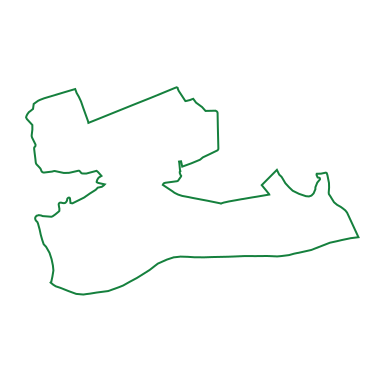 Hai Chau, Đà Nẵng, Vietnam, rotated 91°
{"feature_id": "81297802B10780873415993", "entity_name": "Hai Chau", "entity_type": "district", "adm_level": 2, "iso_a3": "VNM", "parent_name": "Vietnam", "parent_adm1": "Đà Nẵng", "projection": "mercator", "projection_center": [108.212, 16.059], "detail": "fine", "context": "isolated", "style": "outline", "palette": "green", "viewbox_px": 384, "rotation_deg": 91, "n_neighbors": 0, "source": "geoboundaries", "source_scale": "gbopen_adm2", "svg_char_len": 3873}
<svg xmlns="http://www.w3.org/2000/svg" viewBox="0 0 384 384"><g transform="rotate(91 192 192)"><path d="M285.0,331.8L287.2,329.0L288.7,326.5L290.1,322.0L293.2,313.8L295.9,306.0L296.4,299.0L296.2,297.5L295.9,295.8L295.4,292.2L294.2,285.6L292.5,274.1L289.2,265.3L288.3,263.0L286.7,259.2L283.0,252.9L278.8,245.4L270.7,233.0L266.1,227.3L265.8,226.9L264.2,224.9L260.0,215.9L257.6,209.0L257.6,208.5L256.9,203.1L256.8,202.5L256.9,195.0L257.2,188.6L257.2,188.1L257.1,178.6L256.7,170.9L256.3,160.2L256.1,155.0L255.8,149.4L255.1,137.8L255.0,127.6L254.7,116.6L254.7,115.3L254.7,114.3L254.9,106.6L254.9,105.4L254.5,101.6L253.4,93.9L251.9,88.9L251.2,85.8L251.0,84.7L250.9,84.1L250.8,83.8L247.9,71.8L240.3,53.2L238.6,46.0L237.4,41.3L236.0,35.1L235.4,32.5L234.3,24.8L214.0,34.6L209.9,36.6L207.7,38.4L205.7,41.0L204.3,43.0L202.3,46.7L199.8,49.8L195.0,52.9L194.6,53.1L191.7,55.1L190.2,55.3L185.2,55.0L180.6,55.2L172.8,56.9L170.8,57.6L170.3,58.5L171.4,63.3L171.6,67.6L172.7,67.8L175.3,66.6L175.5,65.1L176.0,64.4L177.2,64.3L180.4,66.9L185.1,68.7L187.1,68.7L191.3,70.4L193.5,72.5L194.4,75.0L194.2,78.0L192.0,84.9L189.0,91.3L185.7,94.9L181.6,98.8L177.5,101.3L175.3,102.7L173.1,105.1L168.4,107.5L183.9,122.4L189.4,117.7L192.9,114.8L193.2,114.7L195.6,127.4L196.4,132.0L198.2,141.4L198.2,141.7L199.5,148.2L199.9,150.3L200.8,154.9L201.5,157.8L202.0,160.0L202.8,162.3L203.1,162.8L202.9,163.2L200.5,176.1L199.3,183.2L198.9,185.5L197.9,191.4L197.1,195.6L196.1,201.7L194.8,205.9L193.1,209.5L191.6,211.6L185.4,221.3L184.6,220.9L184.1,220.6L183.6,220.0L183.4,219.3L183.2,218.6L183.1,217.9L182.0,210.6L181.7,208.7L181.5,207.3L181.3,206.7L181.2,206.5L180.8,206.0L180.0,205.5L176.6,203.2L176.0,203.1L175.1,203.8L173.1,204.6L172.7,204.5L172.4,204.6L172.1,204.6L171.7,204.5L171.5,204.3L171.3,204.0L170.3,204.4L163.2,205.2L161.8,205.5L161.5,203.5L166.8,202.2L163.7,194.1L163.4,193.3L159.7,184.8L159.4,184.3L158.0,182.7L157.1,181.6L153.9,175.1L149.9,167.2L148.9,166.5L148.1,166.4L126.4,167.3L112.5,167.8L111.6,168.1L111.0,168.6L110.3,169.9L110.7,179.9L106.9,183.4L102.6,189.5L98.8,192.4L99.2,193.5L100.1,195.7L101.0,199.0L101.2,200.2L91.2,207.0L89.3,207.9L88.1,208.2L87.6,209.2L88.3,211.0L98.6,234.9L106.0,252.6L119.9,285.4L124.7,296.8L123.0,297.2L109.6,302.3L103.8,304.4L103.1,304.7L98.8,306.8L94.8,309.2L93.6,309.6L91.1,310.6L95.2,323.6L100.9,341.5L102.5,345.5L103.5,347.5L105.0,349.5L106.7,351.8L111.7,352.4L113.8,354.9L115.0,356.5L117.3,358.1L119.1,358.9L120.3,359.2L121.9,358.4L127.8,352.8L132.4,352.7L138.3,353.3L139.3,353.2L140.5,352.8L146.9,349.5L147.3,349.3L148.3,349.3L149.1,349.5L149.4,349.8L150.2,350.5L151.6,350.6L152.9,350.4L155.2,350.1L162.2,349.1L165.4,348.7L166.3,348.4L167.1,347.9L168.9,346.1L170.6,344.5L171.3,343.9L172.9,343.2L174.2,342.6L174.7,341.9L174.9,341.6L175.1,340.9L175.1,340.0L174.0,332.1L173.6,330.9L173.4,329.7L175.2,320.5L175.0,315.4L174.6,313.6L172.7,305.9L172.8,305.0L173.6,304.2L175.0,303.0L175.4,302.1L175.4,298.0L172.5,287.8L173.8,286.2L177.5,282.8L178.5,284.4L179.3,285.6L181.3,286.9L183.3,287.5L183.9,287.4L184.6,285.8L184.9,284.3L185.9,279.4L186.9,280.3L188.4,282.3L189.3,286.3L191.4,288.2L192.1,289.2L195.3,294.1L197.2,296.7L198.4,298.4L199.1,299.3L199.6,300.1L205.4,311.3L205.3,312.4L205.1,313.3L200.5,313.9L199.9,314.3L199.7,314.9L200.0,315.7L200.8,316.5L201.8,316.7L202.9,316.9L204.0,317.5L205.0,318.4L205.3,319.2L205.4,320.1L205.2,321.5L204.9,322.8L205.0,323.9L205.4,324.5L205.9,324.9L206.7,325.1L208.5,324.8L209.6,324.6L210.8,324.3L213.2,324.3L214.0,325.0L216.8,328.3L218.7,330.9L219.2,332.1L219.1,333.9L218.9,337.3L218.7,340.9L218.1,342.5L217.8,344.9L218.3,346.2L218.4,346.9L219.5,347.9L220.8,348.4L222.4,348.1L223.7,347.2L224.7,346.1L226.3,345.4L228.4,344.8L232.1,343.7L237.3,342.5L242.3,341.0L246.8,339.4L249.4,336.9L255.3,333.4L261.7,331.2L267.9,329.8L272.9,329.2L279.0,330.1L284.1,331.1L285.0,331.8Z" fill="none" stroke="#15803d" stroke-width="2"/></g></svg>